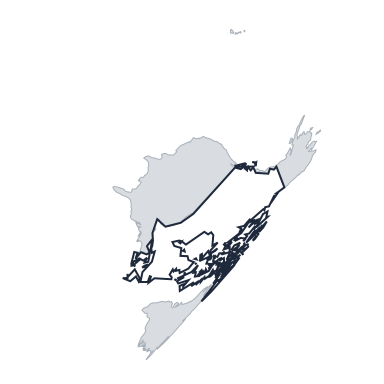 map of Canada with United States of America and Greenland greyed out, rotated 133°
{"feature_id": "CAN", "entity_name": "Canada", "entity_type": "country or territory", "adm_level": 0, "iso_a3": "CAN", "parent_name": "North America", "parent_adm1": "", "projection": "equal_earth", "projection_center": [-89.555, 62.395], "detail": "fine", "context": "with_neighbors", "style": "outline", "palette": "slate", "viewbox_px": 384, "rotation_deg": 133, "n_neighbors": 2, "source": "natural_earth", "source_scale": "50m", "svg_char_len": 11489}
<svg xmlns="http://www.w3.org/2000/svg" viewBox="0 0 384 384"><g transform="rotate(133 192 192)"><path d="M145.3,177.2L207.0,177.2L207.0,176.1L207.8,176.1L208.1,177.6L208.8,178.1L212.6,178.8L214.8,179.6L216.6,179.3L220.1,180.0L222.1,179.2L230.0,183.2L230.3,184.0L230.8,184.3L230.7,184.6L231.7,184.4L232.3,185.5L233.3,185.9L233.0,186.4L235.5,187.8L236.6,193.1L234.5,197.7L234.8,198.4L235.6,198.9L244.2,195.3L243.5,193.4L244.6,193.0L249.0,192.9L249.6,191.8L253.2,188.8L260.9,188.8L261.0,188.1L262.7,187.5L263.8,183.8L265.2,181.6L266.1,182.4L267.5,181.9L268.7,182.8L269.2,186.8L271.4,189.4L264.5,192.8L263.1,195.3L263.2,196.9L264.2,198.5L265.2,198.6L264.8,197.5L265.6,198.1L265.5,199.0L258.7,200.3L256.8,201.2L260.3,200.6L261.0,201.2L257.8,202.1L256.3,202.1L256.3,201.8L255.7,202.6L256.4,202.8L256.0,205.0L254.4,207.4L254.2,206.6L252.8,205.7L253.5,207.3L254.1,207.9L254.2,209.1L252.3,212.9L252.7,210.6L251.4,209.4L251.0,206.8L250.6,208.1L251.2,210.1L249.6,209.6L251.3,210.6L251.6,213.7L252.3,213.9L253.1,218.2L251.7,220.6L249.2,221.6L247.7,223.5L246.5,223.7L245.3,224.9L245.0,226.0L242.4,228.1L239.9,231.7L239.6,234.0L240.1,236.3L242.2,241.6L242.2,243.0L243.6,247.0L243.5,250.6L242.9,252.7L242.1,253.1L240.9,252.7L240.4,251.2L239.4,250.4L236.4,243.6L236.9,241.3L236.1,239.5L234.1,236.7L233.1,236.2L230.6,237.7L228.9,235.9L227.3,235.1L224.5,235.5L222.3,235.2L219.3,235.9L219.8,236.8L219.8,238.2L220.3,238.8L219.8,239.3L218.9,238.8L217.9,239.4L216.1,239.3L214.2,237.5L212.0,238.0L210.2,237.2L206.5,238.2L204.2,240.7L201.7,242.1L200.3,243.8L199.6,245.3L199.6,247.6L200.1,250.4L199.1,250.5L195.4,248.7L194.2,244.7L192.8,242.8L190.8,238.5L189.1,237.2L187.0,237.3L185.3,239.9L183.3,238.9L182.0,237.9L180.8,234.3L177.3,230.6L173.0,230.6L172.9,232.0L166.0,232.0L156.9,228.1L157.2,227.4L151.2,228.0L150.9,226.4L149.5,224.5L148.4,224.1L148.3,223.2L146.9,223.0L146.1,222.1L143.9,221.8L143.3,221.3L143.3,219.5L141.3,216.2L139.9,211.8L140.1,211.1L137.8,207.4L137.9,204.8L136.9,203.1L137.8,200.5L138.2,197.9L137.9,195.6L139.3,192.7L140.9,187.3L141.3,183.3L140.7,179.5L141.1,179.0L144.1,179.9L144.8,182.7L145.5,181.9L145.3,177.2ZM125.7,127.5L115.9,147.5L117.9,147.5L119.6,148.2L121.7,150.9L124.2,149.5L126.6,148.7L127.2,150.0L129.7,152.1L131.5,156.7L134.5,158.4L134.1,160.0L132.5,161.3L130.1,159.5L130.2,157.2L128.2,155.2L127.9,152.8L122.8,152.6L120.6,151.9L117.4,149.3L112.5,148.0L109.6,148.2L104.3,146.1L101.8,146.6L101.4,148.3L97.6,148.9L92.9,150.2L93.4,148.8L95.5,146.5L98.0,145.8L97.8,145.2L94.5,146.5L92.3,148.1L88.5,149.8L89.4,151.0L86.5,152.7L81.3,154.5L80.2,155.7L76.3,157.0L75.0,158.2L71.9,159.3L70.6,159.1L63.4,161.6L59.3,162.3L59.3,161.9L67.8,158.4L70.5,158.1L72.1,157.1L75.8,155.6L78.6,154.2L79.9,152.3L81.8,150.8L79.0,151.6L78.6,151.1L77.0,152.0L76.4,150.8L75.3,151.7L75.2,150.5L72.6,151.4L71.4,151.4L72.1,150.0L73.0,149.1L72.2,148.2L69.3,148.7L67.3,147.0L68.1,145.7L67.2,144.7L68.9,143.3L71.4,142.1L72.8,140.9L74.5,140.8L75.6,141.1L77.9,140.0L79.2,140.2L81.1,139.5L81.4,138.5L80.6,138.2L82.6,137.3L79.0,137.8L78.1,138.3L76.9,137.8L74.0,138.1L71.6,137.5L71.4,136.7L69.9,135.5L78.2,133.6L79.7,133.6L78.7,134.6L82.8,134.5L82.2,133.3L80.4,132.5L78.7,130.7L76.6,130.1L78.4,129.0L81.7,129.0L84.7,128.1L85.9,127.2L88.4,126.4L94.3,125.4L95.9,125.5L99.3,124.6L101.8,124.9L102.5,125.7L103.6,125.4L106.5,125.5L106.2,125.9L108.7,126.2L110.7,126.0L118.8,127.0L121.4,126.7L125.7,127.5ZM59.9,139.5L60.8,139.9L62.1,139.7L65.0,140.6L62.8,141.3L61.3,140.4L59.5,140.5L59.1,140.3L59.9,139.5ZM48.2,270.4L49.5,272.4L46.9,274.5L46.3,274.0L46.3,271.7L47.0,270.8L47.1,269.7L48.2,270.4ZM47.0,268.0L45.8,268.7L45.2,267.5L45.5,267.2L47.0,268.0ZM45.3,266.6L45.1,267.0L43.7,266.9L44.0,266.4L45.3,266.6ZM42.3,264.7L43.0,266.1L42.8,266.3L41.8,266.1L41.5,265.2L42.3,264.7ZM39.1,263.0L38.6,264.1L37.9,263.5L38.5,262.9L39.1,263.0ZM64.8,147.3L66.3,147.5L65.9,148.4L64.4,148.8L62.6,147.7L64.8,147.3ZM88.4,153.2L89.6,153.3L90.1,154.1L85.2,156.3L84.5,155.6L84.7,154.4L88.4,153.2Z" fill="#d9dde1" stroke="#a8b0b8" stroke-width="1"/><path d="M288.9,110.3L294.1,109.8L299.8,109.8L301.7,109.6L307.4,109.5L320.3,109.6L330.9,110.2L328.2,110.5L313.3,110.6L314.2,110.7L319.9,110.6L325.1,110.9L328.0,110.7L329.6,111.0L328.3,111.5L332.2,111.2L339.8,110.8L344.8,111.0L346.1,111.4L340.0,112.0L339.3,112.2L334.2,112.4L338.1,112.5L336.1,113.9L337.2,115.2L339.9,116.1L337.3,116.1L334.9,116.5L338.6,117.2L340.0,118.4L338.2,118.6L341.5,119.8L337.7,119.9L340.2,120.5L340.1,121.1L335.3,121.3L338.4,122.4L338.9,123.2L334.9,122.5L334.3,122.9L337.0,123.3L340.1,124.4L341.8,125.8L338.9,126.1L334.1,124.4L335.5,125.6L334.0,126.6L341.4,126.7L333.6,129.8L326.6,130.5L325.1,131.3L323.7,133.4L320.4,134.8L314.3,135.9L313.3,137.2L314.0,138.7L313.6,140.2L311.2,142.0L312.8,143.7L312.5,148.0L309.8,148.1L306.1,146.2L302.1,146.2L299.7,144.9L297.6,142.6L293.2,139.9L291.7,138.4L290.8,136.5L287.5,134.6L287.6,133.1L286.1,132.3L287.1,130.1L289.6,129.3L290.0,128.5L289.8,127.1L285.6,128.3L283.1,127.7L282.5,126.5L282.9,125.5L288.4,125.9L283.0,124.2L281.3,124.5L279.7,124.1L281.1,122.5L275.3,119.2L272.9,118.6L272.7,118.0L267.8,117.2L255.4,117.3L250.2,116.0L254.6,115.6L257.9,115.6L250.6,115.2L246.7,114.8L246.9,114.3L259.0,113.2L259.6,112.8L255.0,112.5L256.3,112.1L261.8,111.4L264.2,111.3L263.4,110.9L272.1,110.6L277.1,110.6L279.0,110.8L283.1,110.4L293.0,111.0L288.9,110.6L288.9,110.3Z" fill="#d9dde1" stroke="#a8b0b8" stroke-width="1"/><path d="M134.5,158.4L126.6,148.7L121.8,150.9L119.8,147.4L115.9,147.5L125.6,127.6L135.2,129.4L134.4,128.6L146.8,126.8L140.4,128.3L138.7,129.1L139.0,129.3L150.0,125.9L153.2,128.1L155.9,126.7L155.8,128.1L174.3,130.0L171.9,131.1L181.3,130.8L186.0,133.9L185.2,131.1L189.6,129.6L184.8,129.6L188.9,129.0L204.7,131.5L202.6,130.0L204.9,129.8L207.6,130.3L208.4,132.7L206.6,132.6L207.7,133.5L207.3,132.9L208.5,132.8L208.8,132.2L208.5,130.7L212.3,129.6L206.8,126.6L210.4,123.5L215.8,126.7L213.4,127.6L217.9,128.0L216.4,128.3L218.2,130.2L222.2,129.2L223.6,132.4L228.1,129.3L226.8,127.3L234.7,129.3L232.4,129.9L234.6,132.6L231.1,134.0L228.9,132.8L228.3,132.7L227.8,132.9L230.2,134.3L224.8,133.7L226.3,134.5L223.5,136.2L219.1,134.9L215.9,134.9L224.3,136.5L222.2,138.6L211.4,138.7L217.2,140.6L209.0,147.0L208.4,150.5L212.0,151.3L212.7,155.8L234.6,160.6L235.1,166.0L236.2,168.2L241.9,172.2L243.5,168.1L240.3,161.6L246.6,156.9L242.0,151.5L244.2,148.2L242.0,142.9L250.6,142.4L259.6,145.8L257.6,148.1L260.5,149.9L259.1,151.2L262.7,151.3L261.7,153.3L267.7,152.0L268.2,148.7L269.9,147.6L280.7,160.6L287.7,161.8L281.9,164.3L282.3,165.4L288.0,163.0L293.0,168.3L284.4,173.6L270.3,173.8L260.9,178.7L263.8,179.8L260.9,183.5L258.8,184.2L254.3,187.3L249.0,192.9L235.6,198.9L235.5,187.8L222.1,179.2L207.0,176.1L144.8,177.2L142.0,171.9L135.9,171.1L138.5,169.6L136.5,168.3L138.7,168.6L138.6,166.5L136.4,168.1L135.5,169.4L136.1,163.8L132.1,164.1L134.5,158.4ZM224.8,125.2L227.9,125.1L228.1,124.1L225.9,123.5L228.8,122.2L226.7,121.7L233.3,120.7L235.8,122.2L234.8,123.6L241.8,122.3L246.6,123.4L245.6,124.8L251.5,124.3L249.9,125.5L257.5,125.9L254.9,126.9L261.4,128.3L256.7,129.1L272.7,133.4L269.2,137.0L265.4,135.3L266.9,134.1L258.8,134.4L268.3,139.7L267.5,142.1L259.6,139.7L265.4,143.8L250.8,137.8L241.3,137.7L250.0,135.8L248.1,134.4L251.9,132.2L248.4,129.4L243.3,129.4L244.9,128.4L238.4,125.9L233.8,126.8L235.2,127.5L222.4,126.5L219.6,125.1L223.8,125.2L218.6,123.6L220.9,121.2L227.4,120.6L224.5,122.2L225.4,123.6L227.6,124.6L224.8,125.2ZM252.0,110.0L265.6,110.5L240.4,113.1L244.5,113.6L237.7,113.6L244.7,114.0L232.1,115.7L239.1,116.2L234.4,117.1L219.4,116.7L224.1,115.8L222.0,115.1L228.0,115.6L229.5,115.5L231.1,114.8L222.8,114.6L224.0,113.9L229.9,113.9L232.4,113.7L224.5,112.3L234.5,113.0L230.3,112.3L240.3,111.8L237.2,111.7L240.2,111.2L226.7,112.1L224.3,112.0L229.7,111.5L222.5,111.9L219.9,111.7L224.5,111.6L227.0,111.4L216.0,111.1L252.0,110.0ZM175.3,122.5L183.4,121.9L186.8,124.1L186.6,121.6L189.7,121.5L192.5,125.1L198.8,127.3L194.1,127.6L197.0,128.5L194.9,129.2L188.2,128.0L176.1,129.8L169.2,126.9L179.4,126.4L168.8,125.8L167.6,125.2L173.4,124.3L166.9,123.9L171.9,121.7L176.1,121.4L175.3,122.5ZM270.9,188.3L268.6,182.7L265.2,181.6L262.3,188.0L253.5,188.8L272.9,176.4L276.0,178.5L270.7,180.0L275.4,180.8L276.4,185.2L284.8,188.0L275.3,193.3L273.5,190.3L279.4,187.8L270.9,188.3ZM158.4,119.7L174.1,121.0L159.6,125.0L154.8,123.5L159.6,120.6L158.4,119.7ZM215.6,111.5L222.5,112.2L226.9,113.3L216.3,114.6L211.7,113.7L216.5,113.2L207.5,112.5L215.6,111.5ZM211.4,116.2L220.5,118.1L232.1,117.6L237.0,118.9L216.1,119.3L213.4,116.9L207.0,116.4L211.4,116.2ZM176.1,116.7L192.1,117.8L179.6,119.6L176.4,119.3L182.4,118.5L171.1,118.4L176.1,116.7ZM293.8,170.1L292.0,175.4L299.3,176.3L302.2,183.9L298.9,180.5L295.9,183.3L297.7,181.0L287.6,181.1L290.7,171.5L293.8,170.1ZM198.5,121.1L202.6,120.7L206.2,120.6L203.8,121.9L207.1,122.3L206.9,123.8L202.2,124.6L196.2,122.2L200.8,122.0L198.5,121.1ZM226.5,135.1L229.1,135.9L237.5,139.5L224.1,139.9L226.5,135.1ZM208.8,120.7L218.0,120.5L209.4,123.4L208.8,120.7ZM175.5,115.6L172.2,117.0L162.5,117.2L169.5,115.7L175.5,115.6ZM205.6,116.7L204.9,118.7L196.7,117.9L199.9,117.6L198.6,116.8L205.6,116.7ZM192.8,113.5L202.0,114.0L203.6,114.8L192.8,113.5ZM134.2,172.4L140.3,173.5L144.0,178.7L134.2,172.4ZM234.7,120.8L241.1,121.0L243.2,122.0L234.7,120.8ZM201.1,128.8L207.1,128.2L208.9,129.2L201.1,128.8ZM212.6,118.7L210.8,119.3L207.3,118.7L210.3,117.9L212.6,118.7ZM206.4,113.9L210.4,114.7L204.8,113.9L206.4,113.9ZM243.2,130.3L246.2,131.8L242.5,131.7L243.2,130.3ZM181.2,114.8L185.7,114.7L179.5,115.0L181.2,114.8ZM193.1,120.9L190.2,121.4L189.0,121.0L193.1,120.9ZM285.2,182.9L285.2,186.6L286.0,185.0L287.2,186.0L285.5,187.1L283.6,186.7L285.2,182.9ZM183.8,114.0L186.3,114.4L179.7,114.4L183.8,114.0ZM281.2,176.9L278.4,176.5L274.9,174.7L278.6,175.2L281.2,176.9ZM234.2,141.4L232.3,143.0L230.6,142.5L231.5,141.5L234.2,141.4ZM126.6,165.2L129.6,163.0L128.2,165.4L126.6,165.2ZM208.1,115.3L212.7,115.1L213.4,115.2L208.1,115.3ZM197.0,117.0L195.8,117.7L194.1,117.2L197.0,117.0ZM276.5,183.8L278.2,184.2L282.0,184.6L280.4,186.0L276.5,183.8ZM238.2,142.7L239.1,144.3L237.8,143.9L238.2,142.7ZM171.7,117.2L169.2,118.0L168.2,117.9L171.7,117.2ZM218.4,115.3L217.0,115.6L216.7,115.3L218.4,115.3ZM192.9,115.2L192.9,115.8L191.6,115.1L192.9,115.2ZM126.9,165.7L128.0,166.4L129.0,168.4L126.9,165.7ZM237.5,165.5L237.7,166.7L235.6,165.9L237.5,165.5ZM202.6,112.4L203.9,112.9L202.0,112.6L202.6,112.4ZM195.2,118.5L193.4,118.7L193.0,118.6L195.2,118.5ZM193.8,116.6L195.3,116.6L196.5,116.8L193.8,116.6ZM134.0,166.1L135.2,167.4L134.6,168.0L134.0,166.1ZM249.4,130.8L247.5,131.1L246.9,130.7L249.4,130.8ZM240.5,156.8L241.2,158.5L239.5,158.4L240.5,156.8ZM177.8,114.7L177.3,115.1L176.6,114.8L177.8,114.7ZM205.3,120.2L203.0,120.6L202.2,120.4L205.3,120.2ZM241.5,140.2L242.9,140.7L240.9,140.3L241.5,140.2ZM239.1,129.0L239.4,128.2L240.2,128.3L239.1,129.0ZM225.2,130.4L224.3,130.6L224.7,130.2L225.2,130.4ZM200.2,115.1L197.8,115.1L197.7,115.0L200.2,115.1ZM236.1,127.3L236.9,127.9L235.4,127.5L236.1,127.3ZM218.8,116.3L218.4,116.7L217.7,116.4L218.8,116.3ZM229.1,134.6L231.5,135.4L229.8,135.2L229.1,134.6ZM178.1,116.2L178.4,116.4L176.5,116.3L178.1,116.2ZM268.6,144.3L267.4,144.5L267.3,144.3L268.6,144.3ZM243.0,128.1L241.9,128.5L241.8,128.1L243.0,128.1ZM228.6,135.1L227.9,135.3L227.8,134.7L228.6,135.1ZM207.7,117.8L206.9,118.3L206.6,118.1L207.7,117.8ZM257.0,141.8L256.4,142.2L255.4,141.5L257.0,141.8ZM246.3,129.5L245.8,129.8L245.6,129.6L246.3,129.5ZM237.7,117.2L236.9,117.6L236.3,117.5L237.7,117.2ZM132.7,164.9L132.6,165.6L131.6,164.6L132.7,164.9Z" fill="none" stroke="#1e293b" stroke-width="2"/></g></svg>